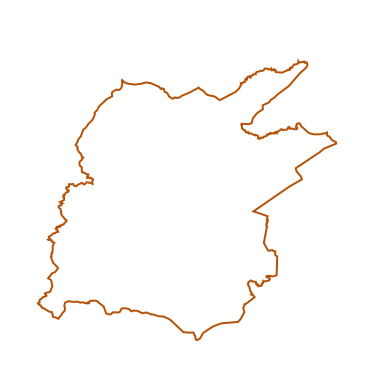 Bolikhanh, Bolikhamxai, Laos (Equal Earth projection), rotated 280°
{"feature_id": "54806243B38161899142036", "entity_name": "Bolikhanh", "entity_type": "district", "adm_level": 2, "iso_a3": "LAO", "parent_name": "Laos", "parent_adm1": "Bolikhamxai", "projection": "equal_earth", "projection_center": [103.824, 18.646], "detail": "fine", "context": "isolated", "style": "outline", "palette": "amber", "viewbox_px": 384, "rotation_deg": 280, "n_neighbors": 0, "source": "geoboundaries", "source_scale": "gbopen_adm2", "svg_char_len": 5877}
<svg xmlns="http://www.w3.org/2000/svg" viewBox="0 0 384 384"><g transform="rotate(280 192 192)"><path d="M51.8,66.0L49.4,71.9L49.4,74.8L44.7,77.1L44.8,79.4L44.0,82.6L45.4,82.8L47.0,84.1L50.8,85.7L52.5,87.1L55.0,87.2L58.2,85.9L60.7,86.2L61.4,86.7L62.9,89.1L63.3,95.3L64.2,98.3L63.6,101.2L64.3,102.6L64.0,107.9L64.9,108.4L64.4,109.3L64.6,110.0L66.1,109.8L67.2,110.9L68.2,115.3L67.9,118.2L66.8,119.3L63.9,124.9L57.7,128.4L57.1,130.6L57.4,133.3L59.8,135.0L60.6,140.4L61.6,141.9L64.8,142.8L65.8,144.9L65.9,149.1L65.6,150.5L63.9,153.0L65.1,155.1L65.5,158.8L64.1,163.9L65.4,168.3L64.4,173.2L64.6,176.0L63.9,180.4L64.4,185.6L63.1,190.8L62.0,193.4L52.5,207.8L53.0,213.9L53.9,217.7L50.6,220.1L48.0,221.1L47.1,221.9L46.9,222.5L49.3,225.5L54.1,227.0L55.6,227.9L63.3,236.1L67.8,243.8L72.0,259.8L75.2,261.9L82.8,264.5L86.4,262.7L87.9,262.7L89.0,263.4L90.4,263.0L90.9,264.4L91.7,264.6L92.5,265.8L99.3,271.9L101.2,269.8L101.3,268.0L102.7,268.6L104.4,266.7L108.9,264.7L110.4,263.0L111.7,263.5L112.7,263.0L115.1,265.3L114.8,266.6L114.2,267.2L114.6,268.5L114.4,270.7L113.1,270.8L112.0,271.7L112.6,272.4L112.5,272.8L110.8,273.4L110.7,274.1L111.7,274.9L111.4,276.2L112.3,277.0L114.2,276.7L114.8,277.9L117.0,277.7L116.7,279.6L117.6,282.1L118.4,283.2L119.5,283.8L120.2,283.6L121.0,282.7L121.0,280.6L121.4,280.0L122.0,280.0L122.8,281.5L122.8,286.0L124.4,289.5L124.9,289.8L143.4,287.1L143.9,285.5L144.9,284.7L148.1,284.3L147.9,282.5L148.7,281.6L148.6,280.5L147.4,278.0L147.7,276.9L154.3,271.6L170.0,271.8L170.8,271.4L171.3,271.9L173.0,270.7L174.6,271.5L175.1,271.5L175.3,270.8L176.9,270.9L176.9,271.5L177.8,271.5L177.7,270.9L178.1,270.4L181.3,270.6L183.6,255.9L214.5,287.2L223.5,298.0L226.1,296.6L230.8,291.1L233.5,290.1L253.9,311.4L257.6,314.4L264.7,325.6L266.3,324.9L266.9,322.3L267.8,320.4L270.5,317.6L270.7,316.2L271.3,315.1L273.9,314.6L273.1,313.8L273.1,313.0L271.2,308.4L270.0,302.7L270.0,299.5L270.3,297.5L271.0,295.8L275.5,288.6L278.2,286.1L278.3,285.3L277.3,283.5L276.7,283.2L276.1,283.6L274.1,282.9L273.6,284.3L272.6,284.7L271.9,284.0L271.6,282.1L271.9,280.2L271.2,277.3L272.5,277.2L272.8,275.7L270.0,274.7L268.8,270.7L269.5,269.1L268.6,268.7L266.2,265.6L265.6,265.2L265.2,265.8L264.7,265.6L265.6,264.5L265.7,263.7L264.4,263.5L264.2,262.5L263.8,262.6L263.8,258.9L262.6,259.0L262.6,257.5L261.4,256.8L261.6,255.8L260.1,255.7L258.9,252.8L258.2,252.8L257.4,251.9L257.6,250.2L255.9,249.3L256.5,247.6L257.2,247.8L258.9,247.1L259.2,246.2L258.7,244.8L259.4,244.4L258.9,242.8L259.9,240.1L259.5,237.9L259.7,237.2L260.7,237.1L260.2,234.9L260.8,234.6L260.7,234.0L262.0,233.6L262.2,232.0L263.5,230.1L266.1,229.6L266.8,228.8L267.8,228.9L268.6,235.9L270.2,238.8L275.3,239.2L281.0,242.4L285.8,247.4L289.7,246.6L293.8,252.5L296.1,253.3L299.4,256.9L303.2,259.6L313.2,269.0L327.5,277.5L334.5,283.0L337.0,283.6L339.4,282.7L338.8,281.0L339.9,280.5L340.0,279.7L339.2,278.9L339.0,277.1L337.9,274.9L339.1,274.0L336.9,274.1L335.7,271.9L335.4,270.6L333.3,269.3L331.5,268.8L331.4,268.2L331.8,267.6L331.3,267.0L329.5,267.4L329.1,266.1L329.7,264.8L328.7,265.6L327.8,263.8L325.3,260.3L324.6,254.2L325.0,253.3L326.5,253.3L326.3,252.2L327.2,251.4L326.7,250.6L326.1,250.8L325.6,249.4L327.1,248.5L326.5,248.3L326.4,246.9L325.8,246.3L326.6,244.0L326.3,242.6L325.9,242.6L325.5,241.8L324.9,241.7L323.4,240.2L323.2,238.1L322.3,237.2L321.4,234.7L320.3,234.1L319.0,234.4L318.5,231.8L317.8,231.7L317.6,231.2L316.2,230.3L316.2,228.9L314.9,229.5L315.2,227.9L314.8,226.6L313.2,226.6L313.0,225.7L312.2,226.4L311.9,225.0L310.4,225.3L309.2,224.7L309.4,223.6L307.6,222.5L307.7,221.2L306.3,221.7L302.3,220.5L298.2,217.6L287.5,203.7L287.7,202.0L289.3,199.3L290.0,197.4L290.2,190.9L290.5,189.7L293.8,185.1L295.1,181.3L296.0,180.5L289.7,172.6L284.8,165.0L283.0,163.6L282.0,160.6L282.1,158.5L281.0,157.7L280.5,156.5L282.1,152.7L284.1,151.4L285.3,150.0L286.0,147.6L288.7,146.3L288.8,144.4L288.0,143.8L289.9,141.1L291.9,133.1L292.0,127.9L289.8,123.2L287.8,116.8L287.6,109.2L288.5,106.0L290.1,103.8L289.3,103.7L287.3,104.5L283.0,104.5L281.4,103.9L280.1,102.9L279.8,102.2L279.6,99.5L276.8,96.2L274.8,96.0L272.4,96.8L268.1,91.2L266.9,90.7L261.1,86.2L258.9,85.1L256.1,84.5L253.4,82.2L251.9,82.9L247.6,82.1L244.7,80.8L241.4,78.3L236.9,76.3L234.4,74.0L227.6,72.9L224.8,71.2L219.0,69.8L218.5,69.2L217.6,69.6L216.5,71.6L214.5,71.6L213.2,72.6L211.0,74.5L210.8,75.4L209.8,76.3L207.6,77.4L206.9,78.9L205.9,78.0L204.9,78.1L202.4,76.2L200.4,76.1L198.1,77.3L197.4,79.0L192.4,80.2L192.6,81.3L192.1,82.2L192.2,83.0L191.3,84.9L191.4,86.8L190.9,87.0L189.2,86.1L188.9,86.8L187.7,86.5L188.2,87.8L187.8,88.7L188.6,89.8L187.3,92.2L186.8,92.5L186.0,91.9L184.7,92.0L182.7,92.6L183.3,90.8L183.2,86.4L181.0,85.0L180.7,84.4L181.9,81.9L179.4,78.5L177.5,76.9L177.7,74.8L179.3,73.6L178.7,72.3L178.4,69.7L176.0,69.9L175.4,69.2L174.9,67.6L174.1,67.3L172.5,68.5L172.7,69.8L171.8,70.5L170.7,70.0L170.3,69.1L168.7,67.6L167.1,67.1L166.9,66.1L165.3,66.8L164.9,66.0L163.8,67.0L162.1,67.4L160.4,65.8L160.2,64.8L159.3,64.6L158.8,65.5L158.7,64.0L157.3,65.9L156.2,65.7L155.4,63.5L154.6,63.1L153.5,63.5L152.4,65.5L150.4,66.1L150.0,66.8L148.4,66.6L145.9,68.4L144.3,70.6L142.9,71.5L142.7,73.0L141.8,73.5L137.6,71.0L137.5,70.0L136.8,69.6L136.6,68.8L135.9,68.6L135.6,67.3L134.8,67.9L134.2,66.3L134.2,64.8L132.9,64.5L132.7,64.8L133.1,65.2L132.4,65.4L131.8,64.6L131.0,66.2L129.5,67.1L128.9,65.3L127.7,64.3L126.9,62.2L125.5,61.5L123.1,58.8L122.7,58.8L121.4,60.2L120.1,58.4L119.8,58.9L120.3,60.7L120.0,62.2L118.8,62.4L118.8,63.5L118.2,63.9L118.0,65.2L114.7,64.2L110.4,65.0L108.3,64.6L107.6,65.0L106.3,64.2L104.3,64.9L103.5,64.3L98.2,67.5L94.4,72.8L93.7,73.3L89.6,71.3L87.4,68.1L84.8,67.0L83.2,65.6L82.6,65.9L81.9,65.5L81.3,67.7L80.5,68.6L75.8,70.6L74.2,70.8L72.7,70.2L70.0,70.0L68.6,68.9L67.5,65.9L66.7,64.9L65.9,64.9L64.9,66.6L64.3,66.6L62.1,63.0L60.4,62.1L59.7,60.9L57.4,60.6L56.7,61.1L55.7,59.5L54.6,60.6L53.8,63.1L52.1,64.0L51.8,66.0Z" fill="none" stroke="#b45309" stroke-width="2"/></g></svg>